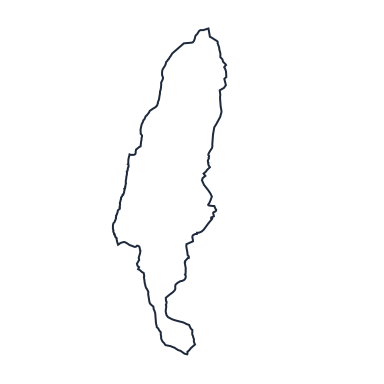 Galautas, Harghita, Romania (Equal Earth projection), rotated 136°
{"feature_id": "2599482B19771129677833", "entity_name": "Galautas", "entity_type": "district", "adm_level": 2, "iso_a3": "ROU", "parent_name": "Romania", "parent_adm1": "Harghita", "projection": "equal_earth", "projection_center": [25.388, 46.905], "detail": "fine", "context": "isolated", "style": "outline", "palette": "slate", "viewbox_px": 384, "rotation_deg": 136, "n_neighbors": 0, "source": "geoboundaries", "source_scale": "gbopen_adm2", "svg_char_len": 6077}
<svg xmlns="http://www.w3.org/2000/svg" viewBox="0 0 384 384"><g transform="rotate(136 192 192)"><path d="M281.8,205.4L280.7,205.2L279.5,205.1L278.1,204.7L275.9,203.4L275.2,202.7L274.8,201.7L274.4,200.4L273.7,197.0L272.8,195.4L272.0,193.6L271.5,192.5L270.9,191.9L269.9,191.5L268.9,191.6L268.4,191.1L267.9,189.8L268.1,188.7L269.0,187.4L269.8,186.1L269.9,185.5L270.6,185.2L271.6,184.2L276.2,181.6L276.6,180.6L277.2,179.8L277.9,179.6L278.3,179.6L279.7,179.1L281.4,178.7L282.4,176.9L282.5,175.5L282.3,174.7L282.6,174.6L284.4,173.9L283.8,172.3L283.6,169.1L283.0,167.4L283.2,167.0L283.7,166.3L284.1,165.6L284.8,164.7L285.2,164.4L285.5,164.4L286.5,163.1L287.6,161.5L289.3,159.3L290.0,157.9L290.8,156.7L291.3,155.7L291.7,154.7L291.8,153.7L292.5,151.3L292.9,150.3L294.0,149.5L294.8,148.5L298.8,142.8L299.7,141.0L299.7,138.5L299.4,137.4L299.5,136.2L300.8,134.6L301.9,131.8L302.8,130.2L308.5,123.3L309.8,121.5L310.3,120.4L311.2,119.3L311.1,117.3L311.7,115.4L311.8,114.1L311.7,113.4L312.1,112.6L313.4,111.3L314.5,109.6L315.5,108.6L316.3,107.3L316.8,105.9L317.1,104.1L317.0,102.6L317.4,100.8L317.2,99.9L314.6,96.2L313.3,93.2L312.8,92.5L312.6,91.5L312.4,90.5L311.7,87.7L310.6,85.8L309.7,80.9L308.3,78.6L307.6,78.8L306.2,80.3L304.8,80.1L303.7,80.1L301.2,80.5L295.8,80.2L294.7,82.9L293.7,84.0L292.9,84.7L292.1,86.5L291.3,87.8L291.0,88.9L290.4,89.8L287.6,92.5L287.8,94.2L287.2,96.3L286.4,98.3L287.6,100.7L288.8,104.1L293.2,111.3L294.8,114.4L296.2,118.8L295.8,121.3L293.8,124.5L290.2,127.4L289.7,127.8L289.6,128.3L289.3,128.9L288.5,129.2L288.0,129.5L286.8,130.4L286.4,131.0L286.4,131.7L284.3,134.1L279.2,133.7L275.5,133.2L272.8,133.3L271.2,134.0L269.4,136.0L268.2,136.8L265.6,136.7L262.3,135.9L260.7,134.8L259.1,134.3L257.8,134.2L256.4,134.6L255.7,135.1L254.9,135.8L254.6,136.5L254.4,137.5L253.6,137.5L252.8,138.3L251.4,139.5L251.0,140.1L250.3,140.8L249.7,141.2L246.2,146.3L245.8,146.2L245.1,147.1L244.5,147.1L240.6,147.4L240.2,146.8L239.6,147.2L239.2,147.8L238.9,148.8L238.9,149.8L237.1,152.0L235.3,154.8L234.2,156.4L233.3,157.4L232.2,158.3L227.9,156.7L225.6,155.8L224.3,157.4L223.2,159.2L222.4,159.9L221.5,160.2L220.3,160.0L218.8,159.5L217.7,158.4L217.1,158.7L216.7,159.2L215.5,158.1L214.3,157.5L213.2,157.1L212.0,156.8L210.7,156.8L209.5,156.8L207.1,157.2L202.5,158.0L197.5,158.6L196.8,158.6L196.7,159.3L196.0,159.1L195.9,159.9L195.8,160.3L193.2,159.3L192.5,160.2L191.7,161.7L191.4,162.2L190.8,162.5L190.3,162.4L189.2,161.9L188.5,161.8L187.8,161.8L187.4,162.1L187.1,162.2L186.9,162.4L186.9,162.9L186.9,163.4L185.7,166.4L187.3,168.1L189.3,170.7L189.4,171.3L189.1,171.7L187.2,172.1L185.7,172.6L180.9,174.9L179.8,178.1L179.1,182.1L178.4,188.9L176.7,193.5L174.7,194.6L171.2,194.3L170.9,197.2L167.8,197.0L165.9,197.4L161.9,197.4L161.5,199.7L160.3,201.6L160.0,201.6L159.6,202.5L158.8,203.6L156.6,204.4L156.3,205.1L155.2,205.5L154.7,206.0L154.6,207.3L153.4,208.1L150.8,208.9L146.9,209.8L145.3,211.0L144.4,212.1L137.0,218.7L131.0,223.1L127.6,223.9L119.6,226.4L115.6,228.8L114.5,229.8L111.9,233.7L106.3,240.4L104.0,242.4L101.4,245.9L96.8,244.7L93.4,245.3L90.2,250.9L87.4,250.9L83.8,255.1L82.4,258.0L82.3,259.2L81.6,259.6L79.3,259.7L79.1,261.0L79.2,263.9L77.9,266.6L78.0,269.2L75.4,271.9L73.4,275.4L73.1,275.9L72.6,276.4L71.9,277.5L70.2,281.3L69.7,281.6L69.2,282.2L69.1,283.0L70.7,289.6L71.3,291.2L66.6,298.2L71.4,300.6L73.5,302.6L75.0,302.9L78.7,302.0L80.0,302.1L81.5,301.7L83.6,300.3L85.0,299.6L86.3,299.2L87.4,299.1L88.1,299.4L88.8,299.9L94.6,304.6L110.0,305.4L113.3,304.5L114.5,304.4L116.2,303.8L117.2,303.9L118.7,303.5L119.9,303.5L120.6,303.3L121.9,302.4L122.7,302.0L123.8,301.6L127.6,300.7L128.5,300.3L129.2,299.9L129.9,299.3L130.5,298.8L132.3,296.9L132.4,296.5L133.5,294.3L133.9,293.9L135.0,293.3L138.2,292.1L140.0,290.2L142.0,288.5L143.8,287.2L145.3,286.4L147.1,284.7L148.5,283.8L151.3,281.6L152.1,281.2L153.0,280.8L154.1,280.3L155.1,279.4L156.0,279.1L156.8,278.5L157.3,278.4L158.3,278.5L159.0,278.3L161.9,279.0L166.1,279.7L167.3,279.2L168.6,278.9L170.4,278.7L171.4,278.5L171.8,278.7L172.9,278.6L173.8,278.2L174.2,278.0L175.3,277.6L175.6,277.4L176.0,277.3L176.5,277.4L177.1,277.4L177.6,277.1L178.1,276.9L179.1,276.3L180.9,275.8L183.1,274.4L185.8,272.5L188.5,269.4L188.6,267.7L189.0,267.0L189.6,266.5L190.7,266.0L191.6,265.0L194.5,262.9L197.3,260.5L198.6,261.0L202.3,261.3L202.7,261.4L204.6,260.1L205.3,259.3L206.1,258.8L206.9,258.7L208.1,259.2L208.7,259.7L210.6,261.7L210.8,262.4L211.7,261.8L213.4,260.8L215.5,259.3L218.1,256.7L218.4,256.3L218.8,256.4L218.8,255.7L220.0,254.3L220.7,254.2L220.9,253.9L221.7,253.7L222.1,253.2L222.8,252.7L223.4,252.2L223.8,252.0L224.6,252.1L225.9,250.4L226.8,249.9L227.5,249.2L228.4,248.8L230.0,247.3L231.7,246.2L232.1,245.7L233.3,244.6L233.6,244.2L233.7,243.9L234.0,243.9L235.4,242.8L235.9,242.6L236.1,242.3L236.5,242.2L236.6,241.9L237.0,241.7L237.5,241.6L237.5,241.3L237.8,241.1L237.9,241.3L238.2,241.4L238.4,241.4L238.5,241.0L239.1,240.6L239.7,239.9L240.4,239.5L241.6,238.6L242.4,238.3L242.6,238.2L242.8,238.1L243.2,238.2L243.5,237.8L243.8,237.8L244.2,238.1L245.1,237.5L245.6,237.4L246.7,237.4L247.2,237.0L247.4,236.7L247.8,236.5L247.9,236.3L248.1,236.1L248.4,236.1L250.7,234.6L251.2,234.5L251.6,234.2L251.9,233.5L252.5,233.1L252.9,232.5L253.3,232.3L253.9,231.8L254.5,231.6L254.8,231.2L254.8,230.8L255.2,230.6L255.4,230.3L255.6,230.1L256.0,230.0L256.4,230.2L256.7,230.2L257.1,230.3L257.6,230.3L258.1,230.2L258.5,230.0L259.6,229.1L261.3,228.4L261.5,228.1L261.8,227.9L262.6,227.9L263.0,227.8L263.7,227.0L264.4,226.6L264.7,226.0L265.1,225.7L265.4,225.7L267.1,224.8L267.5,224.8L267.9,224.5L268.6,224.2L270.1,224.1L270.6,223.9L272.0,223.0L272.6,222.3L273.2,221.8L273.4,221.5L274.4,220.6L274.6,220.2L275.0,219.1L275.6,218.8L275.8,218.5L276.0,218.4L276.2,218.1L276.3,217.8L276.5,217.2L276.6,216.8L276.7,216.6L277.0,216.3L277.0,216.1L276.8,216.0L276.8,215.8L276.9,215.7L277.3,215.6L277.5,215.5L277.5,215.2L277.3,215.0L277.3,214.7L277.5,214.3L278.0,213.6L278.0,213.1L278.4,212.7L278.5,212.5L278.5,212.2L278.2,211.5L278.2,211.3L278.3,211.0L279.1,210.3L280.2,208.6L281.2,206.7L281.4,206.1L281.7,205.6L281.8,205.4Z" fill="none" stroke="#1e293b" stroke-width="2"/></g></svg>